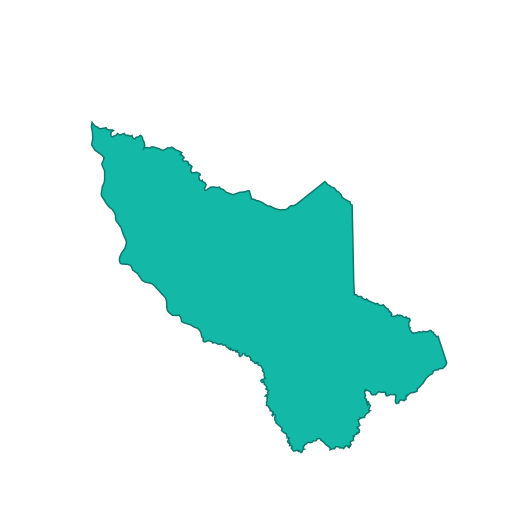 outline of Nova Crixás, Goiás, Brazil, rotated 317°
{"feature_id": "56859067B29339668387450", "entity_name": "Nova Crixás", "entity_type": "district", "adm_level": 2, "iso_a3": "BRA", "parent_name": "Brazil", "parent_adm1": "Goiás", "projection": "orthographic", "projection_center": [-50.603, -14.03], "detail": "fine", "context": "isolated", "style": "filled", "palette": "teal", "viewbox_px": 512, "rotation_deg": 317, "n_neighbors": 0, "source": "geoboundaries", "source_scale": "gbopen_adm2", "svg_char_len": 6121}
<svg xmlns="http://www.w3.org/2000/svg" viewBox="0 0 512 512"><g transform="rotate(317 256 256)"><path d="M161.2,278.0L161.4,280.1L159.3,282.1L159.4,283.3L160.4,284.2L163.1,285.1L165.4,288.4L164.9,290.0L167.2,291.5L167.8,293.9L169.0,295.7L171.1,296.7L170.9,297.9L171.3,298.9L172.8,299.9L172.5,302.8L173.1,304.5L172.9,305.8L173.3,307.0L174.4,306.1L174.5,309.3L176.2,310.3L176.0,312.4L177.0,312.0L177.9,312.4L177.0,313.6L177.5,315.2L175.6,317.6L175.8,318.7L177.9,319.0L179.9,318.5L180.9,319.1L181.0,320.0L180.4,321.1L181.0,323.3L182.2,323.7L182.6,324.9L182.3,327.5L181.2,328.5L181.8,329.7L181.8,331.1L182.4,331.7L182.0,333.5L182.7,334.7L183.7,334.4L184.6,335.1L183.3,336.9L184.7,339.9L183.7,343.9L182.5,344.2L182.3,347.1L180.4,348.9L179.6,350.5L179.4,351.8L176.6,350.9L175.7,350.2L174.7,350.4L174.1,351.5L174.1,352.5L174.7,353.1L176.3,352.9L174.6,355.6L174.9,357.7L174.0,360.0L172.5,359.9L173.5,363.1L171.5,363.6L170.2,366.0L169.3,365.9L168.8,364.6L167.3,364.7L168.0,365.5L167.7,367.5L166.5,368.1L165.5,369.5L163.9,370.1L163.1,371.4L161.8,372.2L162.6,374.1L162.0,375.7L162.2,377.0L160.8,378.9L161.8,379.7L161.6,380.9L162.1,382.1L159.2,383.2L159.1,384.2L160.8,384.1L161.6,384.6L161.6,385.8L159.5,386.9L157.8,389.1L157.8,390.3L156.8,391.6L157.8,399.8L155.6,401.0L156.0,404.6L157.0,406.7L154.8,410.3L155.9,410.8L156.2,411.9L154.7,412.1L154.1,413.2L152.9,412.8L152.3,413.8L153.2,414.6L152.4,415.2L153.2,416.0L151.2,417.6L152.4,418.4L152.4,420.1L150.8,420.5L150.4,424.4L153.7,426.2L153.8,427.8L154.8,427.5L154.8,430.4L156.0,430.7L158.0,429.6L159.6,430.2L159.2,429.3L160.8,427.6L162.0,427.8L163.0,427.2L164.5,427.7L166.4,427.6L167.2,428.0L168.8,429.9L170.1,430.5L171.9,430.3L173.8,432.0L176.1,431.4L178.3,433.2L178.5,434.5L177.8,435.1L178.5,437.6L178.5,442.3L179.2,445.1L179.1,447.6L178.0,448.2L180.9,449.3L181.9,450.6L184.3,449.9L186.5,452.1L186.3,453.3L188.6,455.6L188.7,456.6L192.3,456.1L192.9,456.7L193.6,457.5L192.9,458.9L193.5,459.7L194.7,458.4L195.2,459.4L197.0,458.6L197.5,456.8L198.8,456.2L201.6,457.3L203.6,454.7L204.6,455.1L204.6,453.9L208.4,454.9L209.0,454.2L209.4,455.3L210.3,454.8L211.4,455.3L212.9,453.9L213.1,452.2L212.6,450.8L213.1,450.1L213.9,450.5L216.6,450.6L217.3,448.4L218.9,445.5L220.0,446.0L221.1,445.9L221.9,445.2L222.2,446.2L223.3,446.6L225.4,448.2L225.9,447.3L228.9,446.6L232.2,447.2L232.7,446.6L233.8,446.9L233.3,446.1L233.6,445.2L237.8,443.3L237.6,441.9L238.3,440.2L236.0,441.0L236.9,438.9L238.4,438.6L237.8,436.9L239.0,436.0L238.7,433.6L241.1,432.7L242.3,429.8L243.0,429.1L244.2,429.4L244.0,428.4L245.0,428.4L246.5,431.8L247.0,434.0L246.3,434.8L246.2,436.7L248.1,438.1L248.6,439.0L253.0,438.8L254.7,441.3L256.7,442.8L257.6,444.2L256.4,445.6L257.0,446.2L256.0,447.1L257.4,448.3L259.9,448.9L261.2,450.6L262.9,451.4L263.1,453.7L258.9,457.1L258.3,458.4L258.0,459.7L260.4,460.8L260.9,460.1L262.9,459.7L264.1,460.4L265.8,463.0L266.9,462.8L267.9,463.2L270.2,460.7L270.7,461.4L271.4,460.7L272.1,461.3L275.4,461.4L278.8,463.7L281.7,464.7L283.2,463.1L286.9,463.3L288.7,462.9L291.1,463.0L297.1,461.4L302.1,461.5L304.9,462.4L306.9,461.2L309.2,461.5L311.5,463.5L312.9,463.2L315.8,465.6L320.1,465.4L322.7,464.1L334.3,438.9L332.9,438.3L333.2,435.9L332.8,434.4L333.7,433.0L333.0,432.5L333.2,430.0L332.4,428.9L329.5,428.4L326.8,425.0L325.5,425.1L323.7,422.7L320.8,421.5L317.9,419.0L318.1,415.0L319.0,413.8L319.9,413.7L319.5,412.0L322.7,408.6L324.9,408.3L325.6,406.2L324.3,405.1L324.3,402.7L323.1,402.8L321.9,401.3L322.2,399.9L320.9,397.3L319.9,397.2L319.4,395.6L318.3,395.5L315.9,394.4L314.3,392.8L314.3,391.5L315.6,391.1L316.0,390.0L316.1,388.6L315.2,387.6L316.0,386.9L315.9,385.9L316.5,384.9L315.5,382.1L315.9,378.6L313.6,377.3L312.7,376.2L312.6,373.9L311.9,373.0L311.0,372.8L310.0,370.8L307.8,365.5L307.6,362.9L306.8,363.2L305.8,362.2L304.8,358.8L305.5,358.1L305.1,357.1L302.8,355.1L303.0,352.7L301.5,351.5L309.1,342.4L361.1,284.3L360.4,283.0L361.6,280.3L359.9,276.2L359.0,271.6L360.1,269.4L360.0,265.0L359.2,263.5L359.7,260.0L358.0,256.5L358.0,255.0L357.0,252.8L357.3,250.0L357.1,248.6L320.3,245.7L317.0,244.3L316.0,243.2L313.7,242.7L312.0,243.0L309.0,242.3L307.1,240.2L305.2,239.0L302.2,234.3L300.3,229.1L298.6,227.3L297.0,221.0L295.4,217.3L294.1,215.9L293.4,213.6L291.7,211.1L295.5,203.9L294.8,202.9L291.8,201.6L287.4,198.3L281.6,195.8L280.7,194.9L277.6,188.9L277.4,185.0L276.0,182.6L276.2,180.6L273.9,179.1L272.0,176.5L269.7,174.7L264.0,173.8L263.4,173.0L264.1,171.7L268.2,169.9L268.7,167.4L267.6,165.3L268.4,164.0L267.5,163.9L266.5,162.1L268.4,158.8L269.4,158.4L270.1,158.8L270.9,158.2L270.8,156.7L269.5,153.9L268.2,153.5L265.8,151.5L266.4,148.8L268.0,148.2L268.4,147.2L270.0,147.2L270.3,145.8L269.8,143.7L268.8,143.8L269.2,142.7L270.4,141.4L270.3,140.3L269.6,138.7L267.5,137.4L267.9,135.3L270.5,135.1L270.6,131.5L269.7,130.2L272.3,129.8L270.9,125.9L269.8,124.3L269.1,120.1L268.3,118.8L267.0,118.5L264.9,116.5L261.7,116.0L260.3,115.4L259.4,114.4L258.4,111.6L255.2,106.0L253.7,104.8L251.6,104.7L250.6,102.6L248.9,101.3L247.0,100.9L249.8,99.5L251.1,97.8L252.1,95.7L252.1,94.5L253.8,91.7L254.1,89.9L253.6,88.8L250.9,88.6L249.5,87.4L247.4,87.8L246.7,87.0L246.5,85.3L247.5,83.3L246.4,83.1L245.1,81.5L244.7,80.2L243.1,79.3L243.2,76.4L239.3,75.0L238.7,74.2L238.3,72.0L235.8,72.3L233.9,71.4L232.1,71.1L231.7,69.6L232.6,68.2L234.6,66.5L237.3,67.0L237.0,65.8L234.5,63.7L233.4,61.8L233.9,60.0L228.9,56.8L228.1,55.7L228.2,53.8L226.8,51.4L227.2,46.4L223.8,49.1L221.2,53.4L217.0,58.6L211.7,62.5L210.4,68.8L212.2,77.5L212.1,80.2L209.5,82.1L206.4,83.2L205.5,84.2L203.4,90.4L197.4,96.9L194.9,98.8L191.1,100.4L185.0,105.2L184.0,106.9L182.1,117.4L182.0,119.8L182.6,123.6L182.1,127.7L181.1,130.3L179.1,132.5L177.7,135.0L176.8,142.9L173.9,149.1L171.3,156.6L169.9,158.3L165.6,160.9L159.2,162.3L155.4,164.0L153.2,165.9L152.0,168.1L151.9,169.1L152.4,170.3L156.3,174.4L157.6,176.6L157.7,178.9L156.2,182.0L157.4,188.0L156.1,196.1L157.2,199.6L160.8,204.7L161.4,207.2L161.3,225.1L159.9,227.8L155.1,233.6L154.1,235.5L153.8,237.8L154.5,242.4L157.4,245.4L159.4,246.8L159.1,249.7L157.0,253.1L157.3,254.8L161.3,261.9L162.5,266.3L164.0,268.9L164.0,272.5L163.1,275.1L161.2,278.0Z" fill="#14b8a6" stroke="#0f766e" stroke-width="1.5"/></g></svg>